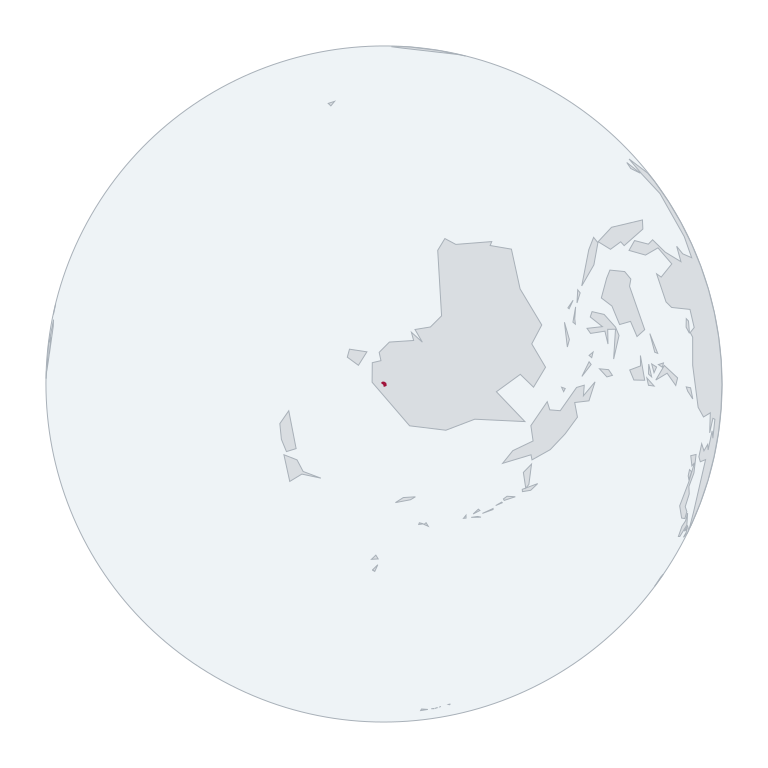 globe centered on Australian Capital Territory, rotated 120°
{"feature_id": "AUS-2653", "entity_name": "Australian Capital Territory", "entity_type": "Territory", "adm_level": 1, "iso_a3": "AUS", "parent_name": "Australia", "parent_adm1": "", "projection": "orthographic", "projection_center": [149.061, -35.53], "detail": "fine", "context": "on_globe", "style": "filled", "palette": "rose", "viewbox_px": 768, "rotation_deg": 120, "n_neighbors": 0, "source": "natural_earth", "source_scale": "10m", "svg_char_len": 5722}
<svg xmlns="http://www.w3.org/2000/svg" viewBox="0 0 768 768"><g transform="rotate(120 384 384)"><circle cx="384" cy="384" r="338" fill="#eef3f6" stroke="#a8b0b8"/><path d="M550.9,298.3L551.0,300.8L550.5,300.9L550.9,298.3ZM514.1,695.9L516.3,694.6L508.8,697.3L512.7,695.5L514.8,694.2L512.4,694.7L527.7,687.9L540.9,682.7L541.9,682.7L547.2,679.8L548.3,679.3L514.1,695.9ZM646.7,189.0L643.9,183.3L648.5,189.0L646.7,189.0ZM640.3,178.5L641.6,180.7L640.1,178.6L640.3,178.5ZM637.8,176.1L639.6,177.8L637.8,176.3L637.8,176.1ZM634.8,173.5L636.3,174.6L634.8,173.5ZM629.3,168.0L627.9,166.5L629.1,167.0L629.3,168.0ZM499.4,699.3L525.1,688.9L511.9,694.7L509.4,696.9L493.5,702.4L499.4,699.3ZM481.8,707.4L478.8,708.4L482.7,707.1L489.2,705.0L482.5,707.2L481.8,707.4ZM424.1,48.5L412.6,47.8L409.0,47.0L424.1,48.5ZM352.7,47.5L356.3,47.4L340.1,51.9L288.7,67.7L293.2,71.2L289.6,74.9L276.9,79.0L281.9,73.5L274.4,73.5L279.1,70.3L260.5,76.4L266.5,72.1L249.1,79.8L249.3,82.0L263.5,77.5L245.8,87.0L252.8,90.8L247.1,100.3L213.5,126.0L189.1,140.1L186.3,144.5L180.0,143.6L166.4,156.3L173.9,173.2L171.9,180.8L152.3,203.0L152.8,197.4L136.1,194.8L129.1,214.8L141.6,222.0L145.8,238.6L134.5,238.7L130.7,225.0L124.8,223.5L129.2,206.5L129.6,188.0L118.4,199.4L121.9,190.4L120.8,180.7L106.2,197.7L81.1,240.2L73.2,266.0L66.6,284.3L69.5,261.1L73.5,250.6L83.8,228.8L95.7,207.7L109.0,187.6L123.7,168.5L139.8,150.4L157.1,133.6L175.6,118.0L195.1,103.8L215.6,91.0L236.9,79.8L259.0,70.0L281.8,61.9L305.0,55.4L328.7,50.6L352.7,47.5ZM163.9,568.1L169.7,569.1L168.9,572.6L163.9,568.1ZM59.2,477.4L61.6,484.5L84.3,536.9L88.2,546.3L82.7,536.9L78.9,529.4L68.0,503.8L59.2,477.4ZM216.9,262.1L226.3,261.3L226.1,262.8L216.9,262.1ZM207.0,259.7L217.3,257.4L205.6,263.3L207.0,259.7ZM221.4,256.6L232.0,251.5L236.5,248.2L236.0,251.3L221.4,256.6ZM200.2,261.8L165.3,273.8L152.2,275.8L154.7,269.4L175.9,261.8L200.2,261.8ZM153.7,269.7L134.5,265.3L112.7,242.2L120.4,237.3L144.1,245.2L142.5,250.1L154.1,255.2L153.7,269.7ZM202.5,225.6L200.8,238.8L181.0,244.1L172.4,245.3L166.3,231.8L169.7,222.7L176.6,220.2L206.6,185.4L216.4,188.6L206.5,201.8L214.7,209.7L202.5,225.6ZM73.3,267.5L74.0,278.0L70.8,284.5L73.3,267.5ZM221.1,165.4L207.4,179.0L220.6,162.3L221.1,165.4ZM230.3,151.3L230.0,156.1L226.0,152.5L230.3,151.3ZM183.7,150.8L176.3,154.9L177.2,151.8L187.4,144.8L183.7,150.8ZM242.6,109.1L238.3,117.5L235.4,120.8L234.0,116.6L242.6,109.1ZM483.9,427.8L491.3,434.7L483.2,445.2L470.4,454.4L454.8,453.1L483.9,427.8ZM371.1,431.3L364.7,414.9L380.6,415.5L379.1,429.2L371.1,431.3ZM493.2,421.4L500.2,410.3L497.1,391.6L503.1,410.1L515.5,416.9L495.3,435.3L493.2,421.4ZM296.2,368.2L241.4,404.3L227.6,404.0L227.2,391.6L206.8,361.9L211.0,361.3L203.5,341.1L233.6,313.7L254.0,276.9L275.4,276.1L288.7,252.5L312.0,252.9L307.5,270.8L334.5,282.8L346.1,243.2L369.1,287.8L393.1,307.3L407.4,340.9L388.4,395.2L371.4,404.8L365.3,398.3L359.0,404.0L345.0,400.3L331.5,380.1L325.5,386.1L328.6,371.7L321.3,384.4L311.4,372.3L296.2,368.2ZM466.0,300.4L471.0,303.2L481.0,314.8L472.7,310.5L466.0,300.4ZM538.4,301.6L542.1,307.2L536.3,305.5L538.4,301.6ZM550.5,300.9L543.6,299.0L550.9,298.3L550.5,300.9ZM485.3,279.8L488.3,283.7L486.5,284.0L485.3,279.8ZM483.1,278.2L485.1,274.5L485.6,279.1L483.1,278.2ZM456.6,247.4L459.1,245.9L460.6,248.0L456.6,247.4ZM240.3,258.6L252.8,245.7L260.3,243.7L240.3,258.6ZM452.0,241.8L445.2,239.7L445.6,237.7L452.0,241.8ZM451.9,236.7L450.8,233.4L455.9,241.8L451.9,236.7ZM438.2,226.8L446.9,234.1L437.3,227.3L438.2,226.8ZM433.4,226.5L427.4,223.0L427.7,222.2L433.4,226.5ZM371.8,221.3L393.4,241.6L377.3,239.1L358.8,226.4L346.6,236.0L317.7,233.8L323.5,227.5L319.0,218.0L290.7,215.5L284.9,210.0L294.5,205.4L276.6,202.3L296.1,198.1L304.7,209.6L316.0,199.9L336.7,202.2L357.7,207.2L375.7,217.9L371.8,221.3ZM297.3,224.8L300.8,224.6L298.0,228.6L297.3,224.8ZM416.0,213.9L424.7,221.7L423.8,223.1L419.7,221.3L416.0,213.9ZM379.6,216.2L398.6,208.3L403.3,209.2L390.9,219.1L379.6,216.2ZM393.4,201.1L402.7,203.8L408.0,210.3L406.1,211.6L393.4,201.1ZM257.3,217.3L256.7,220.7L251.8,218.9L257.3,217.3ZM263.5,214.4L278.5,216.4L262.2,217.5L263.5,214.4ZM220.8,210.9L224.8,217.6L237.4,210.0L227.8,219.1L236.9,230.4L234.3,236.0L225.1,223.5L222.8,238.9L217.3,240.0L213.7,228.1L219.0,211.9L224.5,204.7L247.6,197.6L220.8,210.9ZM263.1,205.0L259.3,196.7L262.3,190.5L266.4,194.5L263.1,205.0ZM249.0,178.2L240.1,170.9L231.1,176.2L250.4,160.1L255.6,169.6L249.0,178.2ZM243.1,159.9L234.4,164.7L244.0,155.8L243.1,159.9ZM232.8,162.2L233.0,156.4L239.2,155.8L232.8,162.2ZM247.3,159.4L250.7,149.0L252.9,154.3L247.3,159.4ZM233.1,144.2L244.7,150.6L227.8,150.5L231.9,132.8L239.4,130.6L233.1,144.2ZM305.4,76.6L306.2,73.7L314.3,72.2L311.5,74.6L305.4,76.6ZM341.7,67.0L316.8,71.0L297.0,75.7L301.0,76.4L292.7,82.5L289.0,78.5L306.1,71.1L320.3,68.7L326.6,64.7L339.6,61.8L343.1,57.9L350.1,56.2L351.3,59.2L341.7,67.0ZM344.0,56.5L354.8,51.2L368.2,51.6L368.9,52.8L358.3,54.8L351.8,54.4L344.0,56.5ZM362.1,46.8L367.0,48.0L361.4,48.1L358.3,49.2L361.3,50.3L355.2,50.1L358.1,47.1L361.8,46.8L362.1,46.8Z" fill="#d9dde1" stroke="#a8b0b8" stroke-width="1"/><path d="M384.3,381.7L384.6,381.9L384.6,382.0L384.8,382.2L384.9,382.3L384.9,382.5L385.2,382.6L385.3,382.6L385.6,382.8L385.5,383.0L385.4,383.0L385.0,382.9L385.0,383.0L384.9,383.0L384.7,383.1L384.5,383.3L384.4,383.4L384.4,383.5L384.4,383.8L384.4,384.0L384.3,384.3L384.2,384.4L384.1,384.5L384.2,384.9L384.2,385.1L384.2,385.4L384.2,385.5L384.2,385.8L384.2,386.0L384.0,386.3L383.9,386.3L383.7,386.2L383.4,386.1L383.3,385.8L383.2,385.7L383.2,385.4L383.2,385.2L383.0,385.3L382.9,385.3L382.7,385.1L382.7,384.9L382.6,384.7L382.7,384.4L382.6,384.1L382.6,383.9L382.7,383.5L382.7,383.4L382.8,383.2L382.7,383.0L382.8,382.9L382.9,382.7L383.4,382.3L384.2,381.7L384.3,381.7Z" fill="#f43f5e" stroke="#9f1239" stroke-width="1.5"/></g></svg>